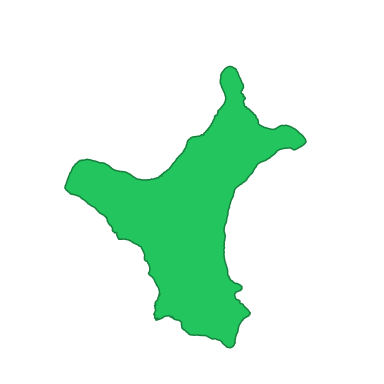 Christmas Island, Australia (orthographic projection), rotated 121°
{"feature_id": "25037944B52215188187413", "entity_name": "Christmas Island", "entity_type": "district", "adm_level": 2, "iso_a3": "AUS", "parent_name": "Australia", "parent_adm1": "", "projection": "orthographic", "projection_center": [105.63, -10.491], "detail": "fine", "context": "isolated", "style": "filled", "palette": "green", "viewbox_px": 384, "rotation_deg": 121, "n_neighbors": 0, "source": "geoboundaries", "source_scale": "gbopen_adm2", "svg_char_len": 6020}
<svg xmlns="http://www.w3.org/2000/svg" viewBox="0 0 384 384"><g transform="rotate(121 192 192)"><path d="M265.2,81.4L264.3,82.9L263.0,88.8L262.0,90.5L262.5,93.6L262.1,94.1L260.7,94.8L260.7,96.9L261.2,98.7L260.7,100.0L258.9,101.9L257.8,102.7L257.0,102.9L254.7,102.4L253.0,101.2L252.0,100.1L250.2,99.3L249.4,99.7L249.0,99.5L248.7,99.9L247.5,100.3L247.3,101.7L247.0,101.9L247.0,104.5L247.3,106.7L248.3,108.6L247.5,111.3L247.6,112.7L247.4,114.0L246.5,115.2L246.6,116.0L245.5,116.5L244.7,118.6L240.3,121.5L234.3,128.2L231.2,130.9L228.4,132.9L226.9,133.4L225.9,134.6L224.1,135.3L223.1,135.4L221.9,136.6L219.3,137.9L218.6,138.6L217.0,138.9L212.1,141.1L208.9,144.5L205.4,146.2L202.7,146.9L200.4,147.0L195.8,148.9L193.1,149.5L189.1,151.6L186.1,151.9L183.9,153.1L182.1,153.2L180.5,153.9L177.7,154.3L175.0,154.4L173.6,154.7L172.0,155.6L170.9,155.6L167.9,156.7L166.0,156.5L160.6,154.4L159.9,153.8L158.7,153.5L158.3,153.6L157.1,152.7L153.3,151.4L152.8,151.6L151.0,151.5L147.0,150.9L144.9,150.1L139.5,150.4L137.2,150.0L135.3,150.3L133.2,149.7L131.2,148.6L127.0,145.2L124.1,143.8L123.2,143.1L120.8,142.4L116.4,140.6L115.5,140.6L114.5,140.2L113.4,140.4L110.4,138.7L107.3,135.7L103.8,130.9L103.3,128.9L103.6,127.3L103.1,125.8L100.1,123.8L98.7,123.3L96.7,121.8L92.9,120.3L90.7,120.0L89.7,120.5L88.3,122.3L86.6,126.5L86.1,130.7L85.6,132.0L85.0,135.5L85.3,141.7L86.3,145.7L87.7,147.3L88.7,149.4L91.3,151.3L91.9,151.4L95.3,153.3L96.7,154.9L97.5,156.7L99.4,163.5L99.7,167.7L99.6,169.2L99.0,170.6L97.5,171.4L96.0,172.8L95.2,175.5L94.2,176.0L93.6,177.1L93.3,178.3L93.6,179.5L92.6,180.5L92.6,181.9L92.2,182.8L92.4,183.5L92.1,183.8L91.6,185.8L92.0,186.5L91.5,187.0L91.8,188.4L91.0,189.3L91.5,190.3L91.2,191.4L89.7,192.4L88.9,193.7L87.8,194.6L86.5,194.9L84.9,194.4L84.1,194.7L83.6,195.5L83.6,197.1L83.2,196.9L82.1,198.4L81.9,199.4L82.0,200.4L81.4,201.1L80.2,201.7L78.9,201.2L78.1,201.8L77.0,201.5L75.9,201.7L73.5,203.4L72.8,205.2L69.9,208.9L69.0,210.8L65.8,214.6L65.2,216.2L64.0,217.5L63.9,219.0L64.2,219.6L64.0,222.1L64.9,224.3L65.7,225.2L67.4,226.3L69.6,227.2L74.6,227.8L77.3,227.5L77.6,227.0L79.3,226.0L81.3,225.5L84.4,223.6L84.7,222.8L86.9,220.4L90.7,214.7L92.3,213.1L94.2,211.3L97.1,210.2L98.4,210.2L99.8,209.8L106.6,210.8L109.3,211.6L110.1,210.9L111.4,210.7L111.9,210.3L113.4,210.2L113.8,210.4L113.9,211.0L114.8,211.2L115.3,211.7L117.2,210.6L119.5,210.7L122.5,210.1L123.3,210.5L125.0,210.1L125.8,210.5L127.0,210.1L128.0,210.6L128.7,210.5L129.8,210.8L130.9,210.4L130.9,210.8L131.8,211.2L133.1,211.2L135.8,212.0L137.1,211.4L138.0,213.3L140.3,214.3L141.3,215.9L143.0,217.6L143.4,218.7L146.0,220.9L147.7,221.2L148.5,221.7L150.7,222.0L152.2,221.6L153.4,221.0L154.5,221.1L156.7,220.2L159.9,220.5L161.1,220.0L161.7,220.4L163.6,220.2L165.0,220.9L165.9,220.8L167.2,221.4L169.7,221.7L170.9,222.2L174.9,222.2L177.5,223.0L179.0,222.9L179.6,223.2L181.1,222.8L181.8,223.3L183.0,223.4L183.6,223.2L185.7,224.3L188.2,225.0L189.5,226.1L191.1,226.2L192.6,227.1L193.3,227.1L193.9,226.4L194.3,227.4L195.7,228.2L197.0,228.0L197.7,229.2L198.7,229.8L199.4,230.7L201.3,232.0L201.5,233.2L203.8,235.0L204.3,236.4L204.7,236.5L205.2,237.4L205.6,237.5L205.9,238.7L207.6,241.3L208.0,243.3L208.7,244.3L209.1,245.9L209.2,248.1L209.0,249.5L209.4,250.2L208.8,252.0L208.9,253.7L208.6,254.5L209.0,257.1L208.9,258.5L210.3,262.2L211.4,264.1L211.6,265.4L212.3,266.4L213.2,270.6L213.1,273.0L212.8,274.0L213.1,274.8L212.5,275.4L212.4,276.4L212.3,277.9L212.6,279.8L212.4,280.4L212.5,281.9L213.0,283.5L214.4,286.0L215.3,290.7L215.8,291.6L215.8,292.5L216.3,293.2L216.9,296.1L217.6,297.3L217.8,298.5L221.0,301.7L221.3,302.8L222.3,303.3L222.5,304.2L223.3,304.3L224.2,305.0L227.3,305.8L228.5,306.4L231.3,306.4L232.2,306.9L236.9,306.1L238.8,306.4L240.3,305.9L243.7,305.5L244.6,305.0L245.4,305.3L246.2,304.7L248.4,304.5L250.4,303.8L251.9,303.9L252.7,303.3L253.6,303.3L254.5,302.2L255.0,300.9L255.8,296.2L256.2,295.0L254.7,290.9L253.9,287.0L253.8,285.3L254.4,283.2L254.4,279.2L254.8,277.9L254.8,276.8L255.6,275.0L255.4,273.9L255.7,271.3L255.3,267.7L257.4,260.8L257.5,257.8L257.2,255.6L257.6,255.0L257.6,253.5L258.2,252.5L257.9,252.0L258.6,251.5L259.4,250.2L260.4,249.8L261.1,248.4L261.7,247.7L262.3,246.5L262.6,245.1L262.9,244.8L262.5,244.0L264.4,241.1L265.7,240.7L266.4,239.6L266.4,238.3L266.8,237.7L266.8,236.9L265.7,236.2L266.0,235.1L266.3,234.8L267.7,234.4L268.3,233.2L269.5,231.8L269.7,230.9L270.2,230.4L268.3,227.3L267.6,226.8L265.7,221.6L265.8,220.3L265.4,219.8L265.8,216.3L265.2,211.1L265.5,209.5L265.2,208.0L265.3,207.0L266.2,206.3L266.8,204.8L270.1,200.3L271.6,199.4L272.5,199.3L273.4,198.4L274.3,198.1L275.0,196.4L274.5,194.8L275.3,193.5L275.6,193.3L276.5,191.5L277.6,190.2L279.9,188.2L282.7,187.4L284.1,187.4L284.9,186.1L285.3,182.4L286.5,179.3L287.4,178.3L289.5,174.9L290.1,174.5L290.2,173.7L291.4,171.3L293.8,168.9L295.9,167.5L296.4,166.7L297.2,167.4L297.8,166.8L298.3,167.0L302.3,166.0L305.3,166.7L305.8,166.1L306.6,166.2L307.3,165.7L307.5,164.9L308.8,165.5L309.2,164.6L309.5,164.3L310.2,164.3L311.8,162.5L312.8,162.1L316.6,161.7L316.7,160.5L317.3,160.4L317.7,159.7L319.0,159.2L319.7,157.9L319.2,157.6L318.7,156.9L318.0,156.7L317.9,156.3L318.8,156.2L319.5,156.6L320.1,156.5L317.6,154.2L314.9,152.3L313.9,152.1L312.3,151.1L310.7,149.0L309.8,148.1L310.2,145.8L309.9,145.5L309.3,145.6L309.1,145.0L309.2,144.3L309.5,144.7L310.0,143.9L310.1,141.2L309.7,139.6L309.0,138.2L308.6,136.0L309.3,133.7L311.4,132.6L313.1,130.9L313.7,130.7L313.7,130.0L314.1,129.4L314.4,128.2L314.0,127.6L314.8,124.5L314.8,123.0L315.4,121.8L315.2,120.4L315.4,119.9L315.1,119.7L313.5,116.1L312.0,114.2L311.2,112.1L307.9,106.0L307.6,99.1L307.3,98.3L306.4,97.7L305.6,96.0L305.7,95.0L304.7,91.0L305.0,89.4L305.4,89.0L306.1,87.1L306.4,84.2L306.9,82.9L306.9,81.8L305.8,79.0L304.8,78.1L303.4,77.4L301.8,77.1L300.1,77.5L299.5,77.3L298.6,77.5L298.3,78.1L297.5,78.5L294.0,79.9L290.6,80.7L288.8,80.6L282.2,83.1L281.8,82.9L278.2,83.0L276.2,82.8L275.6,82.4L274.6,82.6L272.3,81.7L271.6,81.1L270.5,80.7L268.9,79.6L268.2,79.9L267.2,79.4L265.6,79.8L265.2,81.4Z" fill="#22c55e" stroke="#15803d" stroke-width="1.5"/></g></svg>